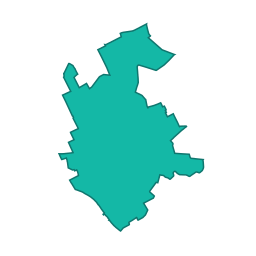 the district of Valu Lui Traian, Constanta, Romania, rotated 331°
{"feature_id": "2599482B6987957430653", "entity_name": "Valu Lui Traian", "entity_type": "district", "adm_level": 2, "iso_a3": "ROU", "parent_name": "Romania", "parent_adm1": "Constanta", "projection": "orthographic", "projection_center": [28.491, 44.168], "detail": "fine", "context": "isolated", "style": "filled", "palette": "teal", "viewbox_px": 256, "rotation_deg": 331, "n_neighbors": 0, "source": "geoboundaries", "source_scale": "gbopen_adm2", "svg_char_len": 5437}
<svg xmlns="http://www.w3.org/2000/svg" viewBox="0 0 256 256"><g transform="rotate(331 128 128)"><path d="M168.5,41.6L167.1,41.5L167.1,41.9L167.0,42.1L166.3,45.0L149.0,44.4L148.9,44.3L148.2,43.8L148.2,44.3L148.1,44.6L148.1,45.3L139.6,44.9L139.3,53.4L139.1,57.4L138.7,65.0L137.7,73.0L132.6,69.4L132.3,69.4L128.4,69.3L127.9,69.4L127.7,69.4L119.0,73.3L116.1,74.6L113.4,74.9L113.3,68.9L104.9,69.1L105.3,57.6L105.9,57.5L106.2,57.3L106.6,57.2L107.7,56.9L108.3,56.8L108.6,56.7L109.9,56.5L110.1,56.5L110.1,54.1L110.2,51.9L110.3,51.2L110.4,50.8L110.3,50.6L110.2,49.4L110.1,48.3L110.1,46.7L109.4,45.5L108.2,43.5L108.0,43.3L107.7,43.0L107.4,42.9L98.5,49.2L98.4,49.4L98.2,49.3L97.8,50.2L97.6,50.7L97.3,51.6L97.1,51.9L97.0,52.0L96.8,52.1L96.3,52.3L95.7,68.2L86.7,67.5L86.3,75.4L85.2,90.6L85.6,90.9L85.4,92.3L85.2,92.3L85.0,92.6L84.7,92.8L84.5,98.5L84.4,101.8L84.3,104.1L84.2,104.5L81.2,104.2L77.7,104.0L75.6,103.9L75.5,104.3L75.1,112.1L69.0,111.7L68.5,117.3L68.4,118.7L68.3,120.1L68.1,121.8L68.0,122.9L66.0,122.2L64.8,121.7L62.5,120.7L61.1,120.1L60.1,119.7L58.8,119.1L57.0,118.2L55.2,117.1L54.9,120.1L54.7,123.4L54.8,123.5L55.5,123.6L55.9,123.7L59.5,124.4L59.2,126.0L59.1,126.8L58.8,127.3L58.4,128.8L56.4,133.9L58.4,136.8L59.2,137.9L60.7,138.3L60.6,139.6L61.6,139.7L62.0,139.8L62.8,139.8L62.8,140.5L62.7,141.9L62.4,143.2L61.8,145.0L61.6,145.6L51.7,145.3L51.7,148.4L51.8,148.5L52.1,156.2L52.3,156.4L52.8,156.9L53.9,158.1L55.3,159.8L56.4,161.0L57.0,161.8L57.5,162.5L57.9,163.4L58.9,165.1L60.1,166.9L60.5,167.6L61.2,168.8L62.0,170.3L62.4,171.3L63.0,172.8L63.4,173.7L64.0,176.0L64.6,178.1L64.5,178.7L64.6,179.1L64.7,180.3L64.7,180.5L64.9,180.6L65.1,181.9L65.4,184.9L65.4,185.1L65.4,185.7L65.7,187.8L65.9,189.6L66.2,190.7L65.3,191.3L64.4,191.4L64.5,192.1L65.4,191.9L65.6,192.0L65.9,192.6L66.1,193.8L66.7,195.4L66.9,196.7L66.8,196.8L66.9,197.3L67.0,198.3L67.2,199.6L67.2,200.0L67.3,200.2L67.2,200.0L67.1,199.7L66.9,199.6L66.6,199.6L66.7,199.8L66.7,199.7L66.8,199.7L66.9,199.8L67.0,200.0L67.1,200.4L67.3,201.1L67.5,202.7L68.0,204.8L68.3,205.8L68.2,205.9L68.5,206.9L68.9,207.9L69.2,209.0L69.3,209.2L70.7,212.6L70.9,213.2L71.3,214.0L71.6,214.5L75.4,213.1L82.0,213.2L82.3,213.1L82.6,212.7L82.7,212.2L82.7,211.4L82.9,211.2L83.2,211.0L83.4,210.9L87.1,210.8L89.6,210.6L91.2,210.5L92.1,210.4L92.2,210.5L92.0,213.2L92.1,213.4L92.3,213.5L97.6,213.5L97.9,213.4L100.7,212.6L101.1,212.5L105.5,209.3L105.2,201.3L116.2,201.6L118.0,200.3L117.9,199.7L116.0,194.4L116.1,194.1L116.4,193.8L126.3,189.2L127.5,190.3L133.2,184.4L134.2,185.4L135.6,186.4L136.0,186.7L136.1,186.9L136.3,187.5L136.6,188.5L136.9,189.1L137.2,189.5L138.5,190.7L138.6,190.9L139.0,191.5L139.3,192.1L139.5,192.7L139.7,193.0L140.0,193.2L140.4,193.2L143.5,192.4L144.3,192.2L144.6,192.1L144.9,191.8L145.0,191.5L145.2,191.1L145.3,190.7L145.5,189.9L145.5,189.6L145.7,189.3L145.9,189.1L146.0,188.9L146.6,188.7L147.0,188.6L147.3,188.5L147.7,188.5L148.0,188.6L148.2,188.8L148.4,189.0L148.6,189.3L148.7,190.3L148.9,190.8L149.1,191.3L149.2,191.7L149.9,192.9L150.2,193.4L150.3,193.6L150.5,193.8L150.8,194.0L154.9,196.5L155.8,197.0L156.2,197.4L156.6,197.8L157.8,199.6L158.1,200.0L158.4,200.1L158.6,200.2L158.9,200.2L159.2,200.2L160.4,200.0L161.8,199.9L162.6,199.8L163.1,199.8L165.7,199.5L166.1,199.5L166.5,199.7L166.8,199.9L167.0,200.0L167.4,200.4L168.0,201.1L168.3,201.5L168.8,201.8L169.0,201.8L169.3,201.8L171.5,201.4L172.0,201.3L172.2,201.2L172.5,201.1L173.8,200.2L174.5,199.6L174.7,199.4L175.0,199.0L175.3,198.5L177.3,194.2L177.6,193.4L177.8,192.8L177.9,192.7L178.0,192.5L178.2,192.3L178.5,192.1L171.6,187.3L171.3,187.0L170.7,186.6L168.5,185.1L168.1,184.3L168.1,183.9L168.8,180.6L162.9,176.9L156.6,172.8L157.7,168.1L158.3,165.6L158.5,165.0L158.7,164.6L159.4,164.0L159.6,163.8L159.7,163.5L159.8,163.1L159.7,162.7L159.6,162.1L159.0,159.7L159.9,159.5L160.3,159.4L160.8,159.2L161.6,159.1L162.0,158.9L162.3,158.9L162.9,158.7L163.8,158.4L164.2,158.3L165.1,158.1L167.2,157.6L170.4,156.9L170.7,156.7L171.0,156.7L171.6,156.6L172.0,156.5L173.7,156.1L175.8,155.8L176.1,155.7L176.4,155.7L176.7,155.6L176.9,155.5L178.3,155.3L178.9,155.3L179.2,155.2L179.9,155.0L179.8,154.5L175.0,152.0L174.8,151.9L174.6,151.8L174.4,151.8L173.7,151.8L173.7,150.5L173.8,149.5L174.0,146.8L174.2,141.8L174.3,139.6L174.5,137.5L167.9,137.3L168.0,135.7L168.1,134.3L168.1,133.0L168.1,132.9L169.1,132.9L169.1,132.5L169.2,130.8L169.9,130.8L170.0,130.7L170.2,130.4L170.4,126.5L168.5,126.2L168.7,124.3L168.8,122.7L168.8,122.2L168.8,121.8L165.7,121.5L161.6,120.9L159.1,120.3L156.0,119.5L155.7,119.7L155.5,120.0L155.2,120.0L155.2,118.7L155.3,118.0L155.4,117.6L156.6,113.8L157.3,111.6L157.1,111.3L157.0,111.0L156.1,106.6L155.9,106.2L155.8,105.9L151.8,100.3L151.8,100.2L155.4,96.6L157.2,95.0L158.0,94.2L158.6,93.6L158.8,93.4L159.0,93.2L159.7,91.8L160.9,89.4L161.6,87.9L161.8,87.3L162.3,86.4L162.7,85.4L163.8,83.1L165.4,79.5L165.6,79.2L165.9,78.9L165.9,78.7L166.5,78.2L166.9,78.1L167.1,78.0L167.5,78.1L167.8,78.1L168.0,78.3L168.4,78.5L168.8,78.9L169.5,79.7L171.1,81.3L173.5,83.8L176.9,87.4L179.8,90.5L180.3,91.0L180.5,91.2L181.0,91.3L181.9,91.2L190.0,90.4L190.5,90.3L196.5,88.7L203.4,86.5L204.2,86.3L204.3,86.3L204.1,86.1L199.4,80.5L195.7,76.1L192.3,66.6L189.5,58.9L192.2,58.4L192.3,58.3L192.2,58.1L192.0,57.4L191.9,56.1L191.8,55.7L192.0,54.9L192.8,51.6L194.2,46.7L194.4,46.4L194.7,46.0L190.9,45.9L181.0,45.6L180.3,45.5L179.4,45.4L178.7,45.2L177.8,44.9L170.1,42.0L169.6,41.9L169.3,41.8L168.5,41.6Z" fill="#14b8a6" stroke="#0f766e" stroke-width="1.5"/></g></svg>